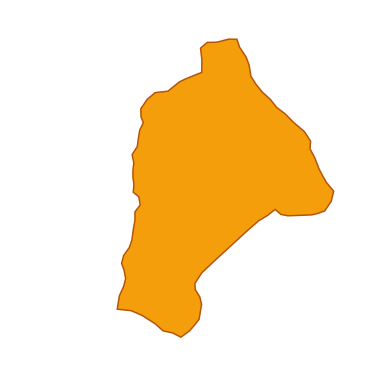 União Paulista, São Paulo, Brazil (Mercator projection), rotated 320°
{"feature_id": "56859067B29027932517440", "entity_name": "União Paulista", "entity_type": "district", "adm_level": 2, "iso_a3": "BRA", "parent_name": "Brazil", "parent_adm1": "São Paulo", "projection": "mercator", "projection_center": [-49.89, -20.889], "detail": "fine", "context": "isolated", "style": "filled", "palette": "amber", "viewbox_px": 384, "rotation_deg": 320, "n_neighbors": 0, "source": "geoboundaries", "source_scale": "gbopen_adm2", "svg_char_len": 1155}
<svg xmlns="http://www.w3.org/2000/svg" viewBox="0 0 384 384"><g transform="rotate(320 192 192)"><path d="M59.4,233.7L69.1,243.8L74.4,254.4L79.1,269.3L80.6,279.9L86.4,287.2L90.2,296.1L100.7,296.8L109.6,295.4L115.7,294.0L127.1,284.2L130.5,277.5L131.8,268.8L135.6,263.8L147.6,260.2L164.0,259.2L211.9,257.1L224.7,256.9L234.7,258.5L244.5,258.8L245.7,266.3L250.1,271.8L261.9,281.0L269.0,286.5L274.7,289.3L281.4,291.8L292.7,288.6L301.1,282.4L301.1,271.1L302.5,263.5L304.1,256.2L307.9,245.2L310.2,234.7L315.5,229.3L316.9,217.8L314.6,204.6L313.5,191.6L311.2,181.6L311.5,171.5L310.1,160.9L310.2,151.1L311.5,141.2L317.3,131.6L320.2,123.5L321.5,111.7L324.6,103.8L318.2,98.4L307.5,93.3L299.8,87.2L291.0,87.3L284.4,97.3L276.3,106.6L267.5,103.7L259.8,101.2L252.8,99.5L238.4,99.3L227.7,92.2L217.2,92.2L206.2,95.4L201.3,101.6L199.2,107.7L191.7,111.0L185.1,116.7L179.3,122.0L170.1,124.9L166.3,132.1L160.6,137.5L156.3,142.6L152.3,149.0L146.8,154.4L148.2,161.4L143.9,168.7L135.6,170.5L130.1,177.0L122.8,183.1L115.0,190.2L108.4,194.2L98.8,196.7L92.2,201.4L89.8,208.1L85.5,215.7L78.9,220.4L69.7,224.8L59.4,233.7Z" fill="#f59e0b" stroke="#b45309" stroke-width="1.5"/></g></svg>